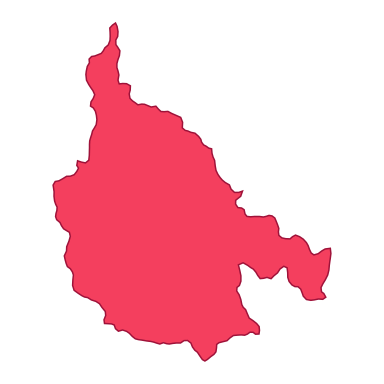 Mato Verde, Minas Gerais, Brazil, rotated 180°
{"feature_id": "56859067B8029388584979", "entity_name": "Mato Verde", "entity_type": "district", "adm_level": 2, "iso_a3": "BRA", "parent_name": "Brazil", "parent_adm1": "Minas Gerais", "projection": "natural_earth1", "projection_center": [-42.879, -15.456], "detail": "fine", "context": "isolated", "style": "filled", "palette": "rose", "viewbox_px": 384, "rotation_deg": 180, "n_neighbors": 0, "source": "geoboundaries", "source_scale": "gbopen_adm2", "svg_char_len": 3718}
<svg xmlns="http://www.w3.org/2000/svg" viewBox="0 0 384 384"><g transform="rotate(180 192 192)"><path d="M53.7,135.7L58.9,135.0L62.3,133.0L65.8,130.3L70.1,129.1L72.8,131.0L74.5,134.5L75.9,138.4L77.6,141.4L80.7,144.8L84.4,147.3L88.5,148.9L91.5,147.3L94.0,145.1L98.3,145.3L102.1,146.1L105.1,148.6L105.6,152.1L105.2,155.6L106.5,159.4L107.8,162.7L109.2,166.0L112.0,168.1L115.0,168.6L117.6,167.7L120.6,167.0L124.4,167.5L129.7,167.5L133.5,167.2L137.1,167.6L139.0,170.1L139.9,174.3L142.4,176.0L146.1,176.4L148.4,179.9L148.3,183.7L145.9,185.7L143.3,187.7L141.5,192.9L145.2,191.6L149.5,191.6L152.9,194.8L154.6,199.1L158.8,201.5L161.7,203.9L163.8,206.3L166.1,209.6L168.0,213.6L168.8,218.2L169.4,223.6L171.0,227.1L172.0,230.7L172.4,235.2L175.3,235.9L177.7,237.7L180.4,239.1L182.4,241.8L183.2,244.7L185.4,247.6L189.0,250.8L193.2,251.7L196.1,253.0L198.8,253.6L201.7,256.1L201.4,261.7L203.3,266.6L208.3,268.8L212.4,270.6L216.1,272.6L219.9,272.3L223.1,272.5L225.6,274.9L228.1,277.8L232.8,277.0L236.5,278.5L239.4,279.7L242.2,279.9L246.1,279.2L249.0,281.4L251.5,283.1L254.0,285.6L254.8,290.1L253.8,293.9L253.6,298.2L257.4,300.3L261.2,300.5L264.8,300.1L266.0,303.8L265.1,309.0L266.0,313.0L267.1,316.4L267.1,320.4L266.1,324.2L264.6,328.4L264.1,333.2L266.1,336.5L268.1,339.4L268.2,344.0L266.3,347.6L266.0,352.4L266.9,357.5L268.5,361.0L271.5,358.9L274.2,356.0L273.9,351.7L273.8,347.7L274.0,343.6L275.7,339.1L279.1,336.2L280.7,333.2L282.7,330.6L286.2,329.2L289.3,328.0L292.4,327.5L294.9,324.9L294.6,321.1L296.7,317.6L297.7,312.9L298.1,309.5L297.5,303.8L295.3,299.6L293.1,296.2L291.1,293.4L289.3,289.3L290.8,285.5L293.0,282.1L293.5,277.9L290.7,276.1L288.6,272.7L287.6,268.7L287.1,264.3L287.8,259.3L289.7,255.9L291.5,253.0L292.3,249.6L293.4,246.3L294.3,243.1L294.5,239.7L294.5,236.4L294.6,232.6L294.7,228.5L295.2,223.8L298.5,221.1L302.6,221.9L306.4,223.2L307.2,218.6L305.5,215.9L307.2,212.6L309.8,209.3L313.7,207.8L317.4,207.7L321.6,205.1L325.0,203.2L328.8,202.5L330.9,198.9L330.4,195.6L329.9,192.3L330.0,187.8L329.4,183.0L328.3,179.7L326.9,176.9L327.1,173.6L328.0,170.5L328.4,167.4L327.3,164.3L324.0,161.5L322.5,158.3L320.4,155.2L317.3,153.3L314.6,151.7L313.7,147.7L315.0,143.0L317.3,137.3L317.5,132.9L319.7,128.1L318.8,124.1L317.8,120.5L316.6,117.4L313.7,115.3L311.6,112.1L310.6,109.0L311.1,104.2L311.4,98.6L309.9,93.7L305.9,90.8L302.1,88.3L299.5,87.0L296.3,86.4L292.7,84.1L288.1,82.6L284.5,80.3L282.1,76.7L278.7,72.5L278.3,68.5L280.0,64.2L279.5,60.5L275.9,60.3L272.5,60.1L269.8,59.0L268.5,55.3L265.6,52.8L261.4,54.0L257.3,52.6L254.6,50.7L251.7,47.6L248.7,45.2L245.6,44.4L242.0,43.9L237.5,43.1L233.4,42.6L230.3,41.9L227.7,41.0L224.2,40.0L220.6,41.3L217.4,40.3L214.7,40.0L211.3,40.6L207.7,41.0L203.5,41.0L200.0,43.4L196.4,43.5L193.1,41.0L191.5,37.0L189.2,33.8L186.6,31.8L184.1,28.0L181.6,24.4L179.1,23.0L176.5,24.6L173.2,27.4L170.1,29.6L168.1,32.1L167.5,36.1L167.3,39.6L165.0,41.3L161.9,42.1L157.0,43.3L153.9,46.2L150.6,48.5L146.5,48.9L142.7,49.1L139.3,48.8L136.6,49.9L134.0,51.8L130.9,51.7L128.5,49.8L125.0,50.0L124.5,53.7L124.9,57.5L127.4,60.5L131.2,63.5L134.8,65.9L136.8,70.5L138.4,74.4L140.8,76.7L142.2,79.4L143.2,84.5L144.9,89.3L147.3,93.0L147.0,96.6L144.6,98.5L143.1,102.8L143.1,108.2L144.3,113.8L145.6,119.2L140.9,121.2L136.2,118.6L133.4,116.5L130.7,114.9L128.1,111.8L126.2,108.5L123.8,105.4L120.5,105.7L117.0,106.6L112.9,105.3L110.1,108.2L106.5,111.1L104.0,115.0L100.2,117.7L96.9,116.2L96.3,111.3L96.2,106.6L94.9,102.5L92.1,99.1L89.1,97.4L86.0,97.3L83.3,94.9L81.8,91.0L80.7,87.8L77.6,84.5L73.2,83.7L69.9,84.1L65.5,85.0L61.2,84.7L58.2,86.8L60.2,90.5L62.5,92.2L63.0,96.4L61.2,100.1L58.7,104.2L56.3,109.0L55.1,114.0L54.7,118.7L54.2,122.5L53.7,125.8L53.1,130.5L53.7,135.7Z" fill="#f43f5e" stroke="#9f1239" stroke-width="1.5"/></g></svg>